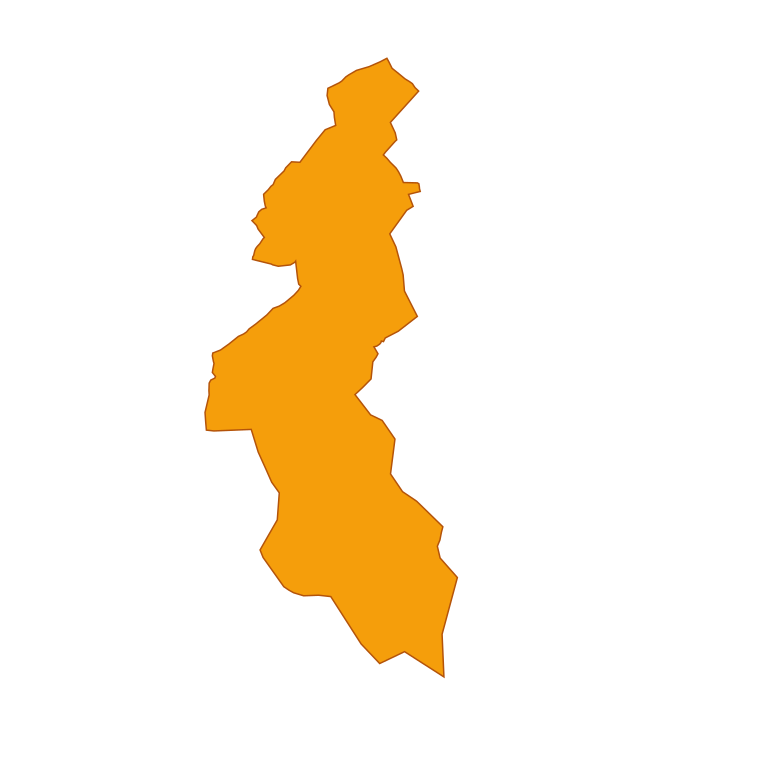 outline of Dunukofia, Anambra, Nigeria, rotated 144°
{"feature_id": "59680162B76413580563978", "entity_name": "Dunukofia", "entity_type": "district", "adm_level": 2, "iso_a3": "NGA", "parent_name": "Nigeria", "parent_adm1": "Anambra", "projection": "orthographic", "projection_center": [6.949, 6.223], "detail": "fine", "context": "isolated", "style": "filled", "palette": "amber", "viewbox_px": 768, "rotation_deg": 144, "n_neighbors": 0, "source": "geoboundaries", "source_scale": "gbopen_adm2", "svg_char_len": 2151}
<svg xmlns="http://www.w3.org/2000/svg" viewBox="0 0 768 768"><g transform="rotate(144 384 384)"><path d="M183.8,600.6L184.7,605.6L184.5,610.3L185.6,613.6L187.6,618.4L189.7,626.5L191.9,634.7L190.7,641.8L190.2,645.8L198.1,647.0L209.8,649.6L221.9,653.9L230.8,654.8L234.4,654.9L240.1,653.9L243.2,654.0L255.6,656.2L260.5,650.8L263.9,642.2L264.5,633.6L267.4,628.9L271.1,621.6L282.1,624.3L295.5,620.8L321.7,612.8L328.2,618.1L336.4,616.7L339.6,615.1L351.6,613.4L356.5,610.5L359.2,610.4L363.5,609.2L369.7,608.3L370.0,608.1L373.4,602.2L375.4,597.8L375.8,595.8L380.3,597.2L384.1,596.9L387.7,594.9L389.2,594.0L394.8,593.8L393.9,587.0L394.8,583.3L394.7,572.9L396.5,572.6L402.0,570.5L405.7,569.8L408.2,569.0L410.3,567.7L413.9,564.6L415.4,564.0L417.2,562.1L404.7,547.3L404.0,545.8L400.3,541.4L389.8,535.4L384.5,534.9L383.3,535.3L391.9,520.1L394.3,514.9L393.8,511.9L398.2,510.1L404.7,508.8L416.5,508.0L423.0,508.6L429.3,510.4L438.4,508.7L447.5,508.2L452.6,507.9L460.6,507.9L464.6,506.9L468.3,507.0L473.8,508.1L486.0,507.5L496.4,507.6L504.3,509.7L506.3,507.7L508.7,502.6L509.5,500.5L513.7,496.6L516.1,494.2L515.9,489.2L517.4,488.2L521.8,489.0L524.9,487.5L529.5,481.6L531.9,477.9L545.5,466.2L550.7,457.9L554.8,451.1L549.2,446.0L518.1,425.3L525.8,402.8L529.6,384.4L532.6,370.5L532.7,357.5L550.2,336.8L581.8,322.6L583.8,314.7L584.2,278.9L582.0,272.9L579.8,268.2L573.5,259.9L561.1,251.6L552.0,243.3L555.3,187.1L552.6,166.6L551.8,160.4L524.7,155.4L507.7,111.8L484.1,147.4L438.4,184.3L440.9,210.2L436.2,221.4L430.5,224.9L424.7,230.3L420.3,233.9L426.5,270.0L432.3,286.0L431.6,307.4L407.5,333.0L406.9,355.6L413.0,366.9L413.7,392.5L403.5,393.7L391.5,395.7L380.0,408.5L374.6,410.3L371.1,412.0L370.3,420.0L367.5,418.9L364.1,418.8L362.2,419.3L360.9,420.3L359.5,418.6L355.9,420.5L341.4,418.3L317.3,419.1L312.8,447.2L304.4,461.0L301.9,466.8L293.8,487.9L291.1,502.1L263.5,511.2L256.0,510.6L252.7,523.0L241.5,518.5L240.5,521.1L239.4,522.9L238.1,525.5L238.8,527.1L249.9,535.6L248.2,542.4L247.5,547.3L247.3,551.7L248.6,559.7L249.0,565.0L249.9,569.7L246.7,570.7L232.2,573.8L230.2,574.0L227.3,580.6L225.1,591.9L183.8,600.6Z" fill="#f59e0b" stroke="#b45309" stroke-width="1.5"/></g></svg>